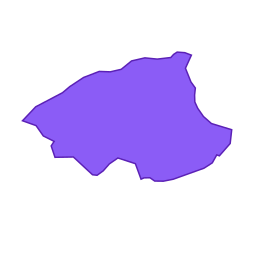 an SVG outline of Bubanza, rotated 252°
{"feature_id": "BDI-2636", "entity_name": "Bubanza", "entity_type": "Province", "adm_level": 1, "iso_a3": "BDI", "parent_name": "Burundi", "parent_adm1": "", "projection": "equal_earth", "projection_center": [29.392, -3.111], "detail": "fine", "context": "isolated", "style": "filled", "palette": "violet", "viewbox_px": 256, "rotation_deg": 252, "n_neighbors": 0, "source": "natural_earth", "source_scale": "10m", "svg_char_len": 727}
<svg xmlns="http://www.w3.org/2000/svg" viewBox="0 0 256 256"><g transform="rotate(252 128 128)"><path d="M73.3,206.3L75.0,204.1L68.8,197.4L66.3,187.9L65.3,155.2L66.5,145.2L69.3,137.0L73.9,133.5L75.6,127.9L75.3,124.6L91.8,124.0L102.6,109.1L99.6,99.1L94.9,91.2L92.6,84.0L94.5,79.8L117.3,67.1L122.7,49.5L134.7,49.4L138.1,53.6L146.6,45.0L158.7,41.3L167.5,29.9L176.7,46.8L181.8,76.6L185.4,85.5L189.8,101.4L190.7,118.1L186.9,128.5L185.9,139.7L190.7,152.1L189.5,165.7L184.5,177.1L181.8,190.5L183.9,194.1L185.0,198.2L182.1,205.3L177.7,210.8L167.1,201.1L152.3,202.1L145.2,204.4L138.7,201.5L132.1,199.6L125.2,200.4L115.6,203.3L106.5,208.7L94.3,226.1L81.7,220.4L73.3,206.3Z" fill="#8b5cf6" stroke="#5b21b6" stroke-width="1.5"/></g></svg>